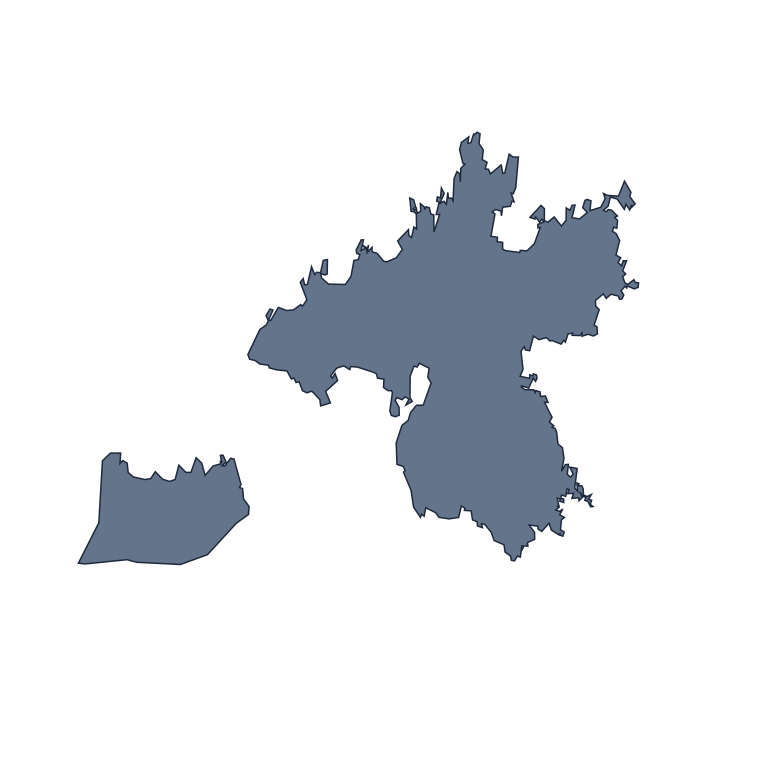 the district of Aukra nor, Møre og Romsdal, Norway, rotated 110°
{"feature_id": "86288312B52502401984724", "entity_name": "Aukra nor", "entity_type": "district", "adm_level": 2, "iso_a3": "NOR", "parent_name": "Norway", "parent_adm1": "Møre og Romsdal", "projection": "mercator", "projection_center": [6.9, 62.807], "detail": "fine", "context": "isolated", "style": "filled", "palette": "slate", "viewbox_px": 768, "rotation_deg": 110, "n_neighbors": 0, "source": "geoboundaries", "source_scale": "gbopen_adm2", "svg_char_len": 6160}
<svg xmlns="http://www.w3.org/2000/svg" viewBox="0 0 768 768"><g transform="rotate(110 384 384)"><path d="M428.7,147.8L427.6,145.7L426.6,149.0L422.3,149.1L422.4,152.3L417.0,151.4L420.3,154.6L420.1,158.5L414.1,161.2L412.0,163.4L413.2,166.6L411.0,166.7L411.1,168.9L418.5,165.4L416.5,169.2L397.3,173.6L398.6,181.1L403.8,175.5L407.8,176.9L406.1,180.9L396.5,183.3L397.7,186.0L405.3,187.3L392.4,189.4L382.9,194.5L380.9,200.0L370.4,205.2L367.2,208.0L367.3,211.2L365.2,210.2L363.2,215.6L357.8,214.7L346.4,226.9L345.2,223.7L340.0,228.2L342.2,232.5L338.0,234.7L338.2,239.0L340.3,239.0L338.2,241.2L341.2,249.7L339.7,254.1L338.7,254.1L338.4,246.6L327.6,245.8L329.7,242.5L326.4,242.1L323.3,243.8L323.4,247.1L325.5,247.0L325.6,250.2L328.8,249.0L330.2,258.7L322.7,258.4L306.4,266.4L301.0,265.0L303.6,262.7L302.9,258.5L287.9,260.0L289.3,253.5L284.8,247.2L286.8,242.9L285.7,240.7L285.9,231.1L281.6,230.1L282.6,227.9L274.0,228.2L271.7,224.0L273.9,223.9L271.5,216.5L268.2,215.5L271.4,214.3L267.4,209.1L267.3,203.7L263.9,200.6L257.5,203.4L256.6,206.7L240.5,207.2L238.5,211.6L233.2,213.9L224.4,208.8L227.5,204.4L222.0,201.4L221.2,193.9L223.8,191.6L222.7,189.5L218.4,189.1L215.3,193.0L209.8,191.0L210.8,188.8L208.7,188.9L209.0,181.3L206.2,178.2L201.9,179.4L202.6,182.6L200.5,184.9L207.1,188.9L206.6,192.2L201.4,196.5L198.0,194.5L196.0,198.4L185.2,198.2L186.4,201.4L191.8,201.2L189.8,205.6L184.4,204.7L183.5,210.1L168.5,211.7L163.3,217.2L162.4,221.6L158.1,221.7L158.0,218.5L150.5,220.4L148.5,224.2L146.3,222.1L142.8,229.8L143.4,233.0L146.1,234.0L145.7,237.2L140.2,234.2L131.0,235.2L130.4,228.1L137.7,217.9L132.3,218.1L136.4,212.6L131.0,212.7L133.1,211.6L128.8,209.6L123.7,217.3L119.4,217.5L111.1,227.4L127.3,227.9L130.3,238.6L129.9,242.9L134.1,239.5L143.8,240.8L150.6,249.7L141.0,252.2L141.1,256.3L142.7,257.9L150.3,257.6L153.3,251.6L162.0,256.7L163.4,264.2L150.5,265.7L151.7,268.3L157.1,268.7L156.2,273.0L167.8,268.9L174.9,271.3L168.8,281.2L175.9,285.3L175.7,289.2L164.4,293.2L162.4,297.5L177.5,303.8L177.4,298.5L175.2,298.5L178.8,293.0L175.0,292.1L177.0,289.3L181.5,294.0L184.7,292.8L183.5,290.7L200.7,290.7L210.0,295.2L211.8,301.6L214.0,301.5L217.1,315.4L216.7,318.6L210.3,321.0L211.6,326.3L207.3,327.5L208.6,334.0L186.2,337.9L185.3,341.2L181.8,338.7L181.6,333.3L185.8,331.1L177.3,333.0L173.8,326.1L168.5,326.3L168.4,324.1L161.1,329.8L161.0,327.6L154.6,327.3L124.8,335.3L126.6,340.6L125.1,345.0L144.3,342.7L145.5,344.3L138.1,348.8L150.2,355.9L146.5,359.3L147.2,362.5L140.4,363.0L139.5,368.4L130.0,370.8L125.6,376.9L116.0,379.3L115.6,382.6L119.4,384.9L117.8,385.3L127.5,384.9L129.2,387.5L122.8,388.8L130.5,393.9L138.0,393.1L149.8,385.2L149.7,383.1L155.1,385.6L167.9,381.4L160.5,384.8L159.5,388.1L167.1,388.4L188.3,381.7L186.2,384.0L187.4,387.1L182.1,389.5L193.8,386.9L191.8,390.2L195.1,393.3L184.4,392.6L180.2,397.1L189.8,394.6L189.9,397.8L194.2,397.1L194.1,394.4L206.9,392.9L205.7,389.7L224.0,389.1L208.1,395.0L208.2,398.2L202.9,401.7L203.0,404.9L206.3,405.8L204.1,405.9L202.1,411.5L209.0,408.6L212.3,411.2L208.1,413.5L210.3,414.5L209.3,416.6L207.1,414.6L200.8,419.1L200.4,423.4L212.5,417.6L211.9,414.4L213.4,411.7L227.2,406.4L226.2,409.6L236.9,408.2L235.9,411.4L230.6,413.8L244.9,420.1L251.3,412.8L261.2,415.6L268.3,423.2L268.7,426.4L263.6,435.1L263.8,440.5L259.7,442.0L266.1,444.7L258.6,446.1L265.1,445.8L261.9,447.0L261.0,451.3L263.0,448.1L266.3,451.2L255.6,452.6L256.3,454.7L267.6,456.0L270.7,454.2L270.6,451.0L276.0,450.8L278.2,454.5L294.2,451.8L303.7,454.4L309.1,470.4L305.6,479.1L301.8,481.0L301.8,477.0L300.1,475.0L286.4,479.7L288.6,483.4L301.1,481.7L302.1,485.6L304.8,486.6L298.6,492.2L316.7,490.0L317.9,492.6L312.6,496.0L317.0,497.5L331.2,485.3L338.8,487.2L337.8,489.4L345.4,494.5L348.3,500.9L348.1,509.5L363.2,512.2L363.2,514.3L352.5,513.6L352.6,516.8L360.1,518.2L364.3,514.3L368.6,514.7L375.2,519.3L402.9,522.0L406.7,518.7L406.0,513.2L407.7,507.6L405.9,498.9L408.1,497.3L407.4,489.6L404.9,479.6L411.0,472.8L409.2,470.6L412.7,467.2L411.0,464.5L418.2,458.3L418.7,453.4L415.5,449.6L416.4,447.1L420.7,438.9L426.3,436.0L420.1,427.9L410.9,436.3L396.6,428.8L391.0,433.5L396.1,434.6L394.8,436.9L385.3,433.9L380.7,428.1L382.2,421.1L379.0,421.2L377.2,414.8L376.6,397.7L377.1,394.4L380.8,392.1L379.5,385.7L387.4,383.3L388.9,377.9L387.7,374.7L389.3,373.1L407.4,369.3L411.0,366.4L410.9,362.2L408.1,359.0L400.7,361.9L395.5,368.0L392.3,367.1L392.6,361.7L388.8,359.6L389.8,355.3L396.2,356.2L390.7,351.5L387.8,355.0L367.6,362.1L356.9,361.9L356.8,358.7L352.5,357.8L353.7,347.0L362.8,345.1L366.9,340.1L390.5,339.9L392.9,346.3L401.6,349.2L410.2,348.9L416.7,353.0L435.2,352.4L455.1,344.3L454.9,337.8L458.0,334.5L460.2,335.5L474.8,322.1L489.6,314.1L496.8,304.2L493.5,304.3L494.5,301.1L486.0,302.4L487.2,291.6L490.5,286.7L488.5,276.8L483.9,268.2L472.2,269.6L473.1,265.3L475.3,265.2L473.4,258.8L481.4,254.3L481.6,249.3L485.4,247.7L485.3,242.3L482.1,244.6L481.5,241.4L486.6,232.6L493.4,227.0L494.1,216.2L500.5,212.8L502.4,206.3L506.1,204.0L505.5,200.8L500.1,199.9L500.0,196.7L488.3,199.3L491.9,197.5L488.3,197.1L487.1,193.3L484.0,195.0L478.4,189.3L472.0,191.7L466.9,199.4L465.0,190.8L467.7,189.6L468.6,185.3L458.3,181.3L464.0,176.8L465.9,168.2L463.7,167.2L465.9,167.1L465.8,163.9L461.5,164.0L460.6,168.3L451.0,170.8L447.7,168.8L446.8,174.2L440.3,173.3L443.6,175.3L443.7,179.6L440.4,177.6L439.4,179.8L439.3,177.6L432.0,182.2L431.9,178.9L434.0,178.9L433.9,174.6L430.7,175.8L430.8,179.0L427.6,179.1L427.4,174.8L419.9,176.1L419.9,174.0L424.2,173.8L421.9,168.5L427.2,168.3L424.3,162.0L427.0,160.8L422.6,158.8L418.5,163.2L421.5,158.8L421.4,155.6L424.7,155.5L424.6,152.3L428.7,147.8ZM656.9,609.9L655.2,603.1L637.0,565.4L636.1,555.3L623.2,513.5L604.7,491.5L565.3,475.1L552.9,466.7L545.2,468.9L540.1,476.6L530.6,481.2L530.7,484.4L527.4,484.0L505.8,499.3L506.2,502.7L515.5,505.5L516.1,508.3L511.4,505.7L505.9,511.0L507.0,513.3L513.8,509.3L512.1,511.7L514.8,510.1L519.5,516.6L531.1,520.8L520.7,528.2L517.5,535.3L533.1,535.2L534.8,540.0L530.4,549.0L545.2,547.6L548.9,552.2L549.2,559.7L544.6,568.9L552.8,570.9L555.6,576.2L557.1,587.9L554.5,594.2L546.2,598.3L545.3,603.4L549.0,604.9L539.0,607.8L542.5,617.4L552.4,622.3L612.0,604.5L656.9,609.9Z" fill="#64748b" stroke="#1e293b" stroke-width="1.5"/></g></svg>